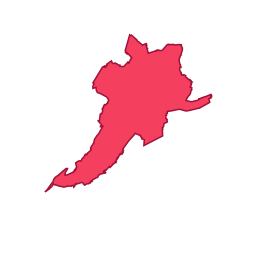 Tepeyahualco, Puebla, Mexico (Equal Earth projection), rotated 213°
{"feature_id": "50627088B49608937685636", "entity_name": "Tepeyahualco", "entity_type": "district", "adm_level": 2, "iso_a3": "MEX", "parent_name": "Mexico", "parent_adm1": "Puebla", "projection": "equal_earth", "projection_center": [-97.469, 19.519], "detail": "fine", "context": "isolated", "style": "filled", "palette": "rose", "viewbox_px": 256, "rotation_deg": 213, "n_neighbors": 0, "source": "geoboundaries", "source_scale": "gbopen_adm2", "svg_char_len": 5728}
<svg xmlns="http://www.w3.org/2000/svg" viewBox="0 0 256 256"><g transform="rotate(213 128 128)"><path d="M98.3,154.6L99.4,155.6L99.9,155.9L99.8,156.1L99.9,156.6L101.4,156.8L103.2,159.1L102.6,159.8L103.6,161.1L103.0,161.8L104.1,163.3L100.9,166.0L95.8,171.1L94.5,172.0L89.6,173.5L88.1,174.2L86.0,176.2L79.6,183.0L78.9,183.5L73.4,194.0L73.8,194.5L76.2,196.5L76.1,196.8L75.3,197.6L74.7,198.8L75.4,199.0L75.1,199.9L75.9,200.1L75.7,200.8L76.5,201.1L76.4,201.3L76.7,201.4L79.9,196.8L81.1,195.5L81.8,194.4L82.9,193.2L83.3,192.1L84.5,191.1L83.9,190.5L85.1,188.7L87.2,186.6L88.5,185.0L89.6,184.4L94.3,182.6L94.5,183.1L94.5,183.7L94.8,184.5L94.6,185.7L94.8,186.4L94.7,187.6L94.4,188.8L94.4,190.4L94.6,191.4L95.5,193.5L95.3,194.9L96.2,195.7L96.4,196.5L98.1,196.1L98.3,196.5L98.1,197.0L98.2,197.7L98.3,197.7L98.4,198.1L98.5,198.4L98.6,199.1L98.8,199.0L99.1,199.4L99.2,200.0L99.4,199.9L99.7,200.3L99.6,201.1L99.3,201.5L100.4,201.7L100.7,201.5L100.9,200.9L101.0,201.5L101.5,201.5L101.3,202.1L102.7,202.3L103.4,201.7L105.9,202.2L106.5,202.0L107.4,202.3L108.0,202.9L108.2,203.4L109.3,203.1L110.0,203.5L109.7,203.1L110.3,202.4L110.8,202.7L111.2,202.5L111.6,201.8L111.8,201.7L112.7,202.2L112.8,202.5L113.0,202.6L113.1,202.9L113.6,203.1L113.5,203.3L113.8,203.6L114.1,203.6L115.9,204.4L117.2,206.1L117.3,206.4L117.1,206.5L117.0,207.0L117.1,207.5L116.9,207.6L117.1,207.8L116.9,208.1L117.6,208.1L118.0,209.1L118.3,209.5L119.5,209.9L120.0,210.6L121.5,212.0L122.4,213.3L122.7,214.1L122.8,215.4L123.3,216.3L123.3,217.6L123.2,218.0L123.4,218.0L123.9,219.4L124.1,220.4L125.1,223.6L125.8,224.2L125.9,224.7L128.0,225.7L127.9,226.1L128.6,226.9L130.7,225.8L132.9,223.9L135.3,222.5L134.7,223.1L136.5,222.3L136.6,221.8L138.7,220.5L139.1,220.6L139.3,220.1L139.6,220.2L140.5,219.3L141.6,212.0L141.8,211.4L143.8,210.2L145.3,209.9L145.5,209.5L145.2,209.6L145.1,209.4L146.2,209.1L146.5,208.3L146.4,208.1L146.4,207.6L146.9,207.7L147.1,207.4L149.1,204.9L151.5,201.9L152.1,201.3L151.8,202.1L155.5,205.0L155.2,205.5L155.9,205.5L156.7,206.2L157.2,207.5L157.9,207.0L158.2,208.1L158.4,208.7L158.7,208.8L160.8,205.8L160.8,205.4L164.9,205.9L165.5,206.1L166.7,206.0L168.0,206.1L168.4,206.7L175.9,207.8L176.4,206.8L177.3,207.0L172.5,191.4L171.8,191.2L171.5,190.1L169.2,189.6L169.5,190.5L163.3,189.1L163.4,188.3L163.0,188.2L162.9,187.7L163.2,187.1L163.3,186.7L162.9,185.2L162.9,184.4L162.6,183.1L162.0,182.6L164.0,183.3L165.0,177.2L168.4,175.3L169.0,176.4L170.9,175.4L172.5,175.9L173.2,175.4L173.7,175.6L174.2,175.5L175.7,173.9L176.4,173.9L176.9,174.1L178.4,175.3L178.6,174.9L178.6,174.3L179.4,173.4L179.5,172.6L180.5,170.1L180.1,169.9L180.3,169.3L180.0,169.1L179.4,169.5L179.8,168.8L180.0,168.9L180.4,168.0L179.8,167.6L179.7,167.2L180.0,166.6L181.3,166.3L181.6,166.9L182.6,165.1L182.0,146.7L180.5,146.6L180.3,144.1L179.0,142.1L176.9,144.6L175.2,142.4L172.9,141.0L171.3,141.5L169.1,141.9L163.0,142.4L162.4,142.3L161.3,141.9L160.7,141.6L159.8,140.9L159.0,140.5L159.2,138.3L158.5,137.8L159.2,136.5L159.2,135.6L159.7,134.5L160.3,134.9L160.5,134.5L160.1,131.7L159.6,131.4L160.0,130.8L159.9,130.1L160.0,129.8L158.7,128.8L157.8,126.3L158.5,125.5L158.0,125.0L158.7,124.3L155.9,118.5L157.0,117.9L156.7,117.6L152.4,116.4L151.5,115.7L152.2,114.8L151.8,114.1L151.5,114.4L150.7,114.3L150.0,115.4L149.5,107.0L149.6,105.8L149.9,104.9L149.9,100.3L149.4,98.7L148.4,96.5L148.7,96.2L148.6,94.2L148.7,92.6L148.6,92.1L148.5,91.0L148.3,90.6L148.1,90.6L147.9,90.0L147.3,90.1L147.0,89.8L146.9,89.5L147.0,88.8L147.4,88.0L147.9,86.2L147.9,85.9L148.3,85.0L147.9,83.6L148.1,83.3L148.7,83.5L148.9,83.4L149.0,83.0L148.9,82.5L149.5,82.5L149.4,80.3L149.2,79.3L149.8,77.4L149.4,74.7L149.8,74.8L150.0,74.4L151.2,73.8L151.6,72.9L152.3,72.1L152.5,71.3L152.6,70.3L152.8,70.2L150.5,67.8L150.0,67.5L149.7,66.4L149.8,66.0L149.6,65.6L149.1,65.3L149.2,63.5L149.9,64.2L150.0,63.8L149.8,63.4L149.6,63.4L149.7,62.9L149.9,63.1L149.8,61.6L150.2,61.0L149.9,60.6L151.1,59.4L152.6,56.8L152.9,56.6L153.4,55.4L154.0,55.1L154.1,54.9L155.0,54.4L155.6,53.7L155.3,54.6L155.4,54.9L156.3,56.4L156.3,56.9L156.5,57.6L156.3,58.9L156.5,59.9L156.6,61.7L156.9,60.1L157.3,60.1L157.9,60.3L160.5,51.3L160.7,50.3L160.9,50.1L162.2,46.9L162.3,45.0L162.1,43.3L161.6,42.1L161.9,40.3L162.2,32.2L162.9,29.1L161.8,31.4L160.7,34.5L160.0,37.6L160.0,40.6L159.4,40.3L158.6,40.3L157.9,40.8L156.5,41.2L153.6,41.9L152.4,42.6L151.5,42.7L151.2,43.0L150.6,43.3L150.3,43.2L149.4,43.6L149.0,44.3L147.7,45.3L147.2,46.0L147.2,46.4L146.9,46.4L143.5,48.6L143.7,49.1L142.8,50.0L142.4,50.2L142.1,50.0L141.3,48.9L141.0,49.8L141.4,51.3L141.1,51.7L141.6,52.1L141.5,52.9L141.0,52.5L137.2,57.0L136.7,57.3L136.0,57.4L134.7,56.7L133.8,56.8L133.4,56.4L133.2,56.5L132.0,58.9L130.8,59.6L130.3,61.0L129.6,61.5L129.8,62.1L130.2,62.2L130.1,62.6L130.0,63.7L129.8,63.8L129.1,63.5L129.0,64.2L129.6,64.6L129.2,65.8L128.9,66.5L128.5,66.8L128.3,67.3L127.8,68.7L127.2,69.2L126.7,69.8L126.6,70.6L126.7,71.3L126.9,71.5L126.8,72.2L126.9,72.6L126.2,73.7L126.4,74.0L122.6,77.8L123.0,78.0L122.8,78.4L123.5,78.4L123.8,77.7L124.0,78.0L124.4,77.9L124.6,77.8L125.1,78.5L124.6,79.1L124.4,80.1L123.6,79.9L122.6,85.6L121.5,85.2L120.9,88.4L120.8,89.0L121.2,89.1L120.9,89.9L120.2,90.8L120.2,92.3L119.3,92.3L119.4,93.4L120.2,93.4L120.4,95.4L120.2,95.4L120.1,96.5L120.7,96.5L120.9,97.5L120.2,97.5L120.2,99.3L120.6,100.1L120.0,101.3L120.3,101.6L120.1,101.6L120.1,102.7L118.8,102.7L118.8,104.7L119.8,104.7L119.7,105.8L119.4,105.8L119.5,106.0L119.4,106.4L119.7,106.8L120.6,106.8L120.7,108.3L120.9,108.3L120.8,109.5L120.4,117.6L119.2,125.2L119.0,127.4L113.2,128.5L112.8,127.7L111.2,127.5L110.7,126.4L108.0,127.1L105.1,121.9L97.8,134.8L94.6,140.2L98.4,145.5L98.1,145.9L99.4,146.9L99.0,147.5L99.1,149.0L100.0,150.8L100.1,151.6L98.5,154.0L98.3,154.6Z" fill="#f43f5e" stroke="#9f1239" stroke-width="1.5"/></g></svg>